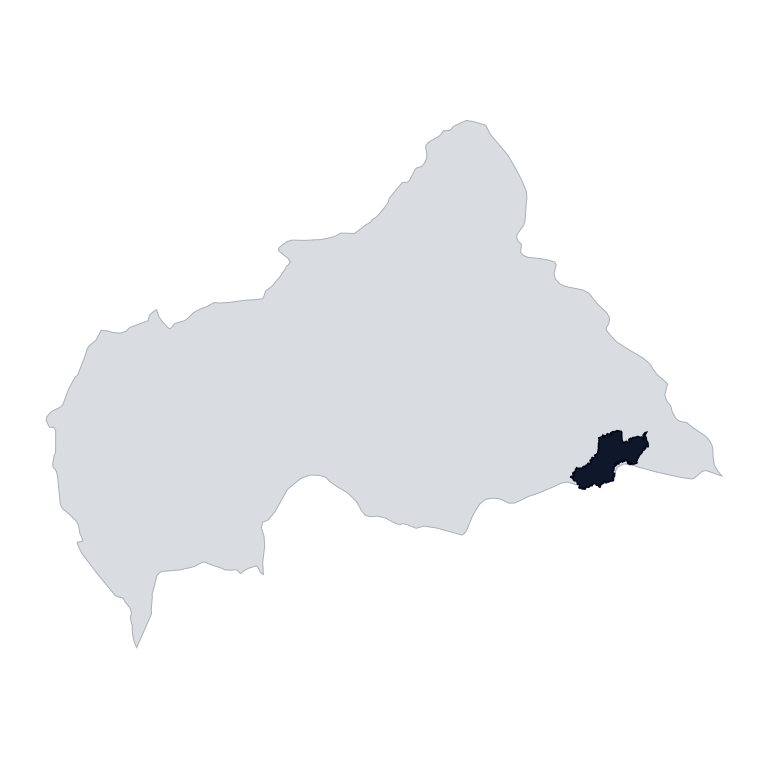 Zémio, Haut-Mbomou, Central African Republic shown in context
{"feature_id": "33826404B4042011562142", "entity_name": "Zémio", "entity_type": "district", "adm_level": 2, "iso_a3": "CAF", "parent_name": "Central African Republic", "parent_adm1": "Haut-Mbomou", "projection": "natural_earth1", "projection_center": [25.196, 5.379], "detail": "fine", "context": "in_parent", "style": "filled", "palette": "ink", "viewbox_px": 768, "rotation_deg": 0, "n_neighbors": 0, "source": "geoboundaries", "source_scale": "gbopen_adm2", "svg_char_len": 9427}
<svg xmlns="http://www.w3.org/2000/svg" viewBox="0 0 768 768"><path d="M547.2,259.8L554.8,262.1L556.2,264.8L554.0,273.7L555.5,279.2L559.8,283.9L564.2,285.9L568.4,287.1L583.0,290.0L589.0,293.2L597.1,303.7L607.1,313.1L609.5,318.2L609.1,322.7L606.1,328.3L606.6,330.6L611.2,336.1L616.5,341.8L626.2,348.1L643.0,358.0L650.6,364.6L653.3,369.7L657.6,375.1L663.6,380.1L667.6,384.0L664.8,394.8L665.7,398.4L667.2,401.5L670.7,405.8L672.1,411.3L675.5,418.2L679.7,421.3L686.6,422.5L690.3,425.6L697.9,431.1L705.2,435.8L708.4,439.1L710.3,442.0L712.0,445.4L712.8,448.8L713.0,456.1L714.3,465.2L718.2,471.5L721.9,476.1L706.9,470.8L704.6,470.7L702.0,471.6L694.1,478.2L691.6,479.0L681.8,477.6L657.8,472.4L639.4,467.4L633.9,465.6L624.0,463.9L617.5,467.3L611.4,478.9L609.7,481.3L600.1,484.7L595.5,483.8L584.4,487.0L567.3,482.1L561.2,483.1L556.4,485.5L544.1,490.8L536.6,493.8L527.9,496.6L519.7,500.8L514.1,503.1L508.7,503.1L503.8,500.7L498.4,498.6L492.0,498.2L485.3,499.4L479.7,504.1L477.4,507.4L472.4,516.2L466.6,530.6L464.3,533.5L462.2,535.0L435.5,527.8L423.9,526.1L416.1,528.3L406.4,524.3L402.1,523.6L400.1,524.9L394.7,523.1L385.8,518.2L377.3,516.1L369.7,516.8L365.1,515.2L361.4,510.4L356.5,501.7L347.8,493.0L336.2,486.1L328.9,480.8L326.0,477.3L319.7,475.4L310.1,475.0L300.8,478.5L287.5,489.3L275.1,511.5L268.2,520.0L262.7,522.2L261.3,527.6L264.0,536.1L264.7,545.9L262.7,562.5L263.4,574.6L260.5,572.7L257.7,567.0L256.3,565.9L248.2,568.4L243.9,570.7L241.7,573.0L240.0,573.3L237.4,570.2L235.4,569.7L232.1,570.2L228.9,570.2L226.7,569.8L225.3,570.1L221.5,568.2L207.5,563.5L205.1,562.0L202.3,562.2L195.0,566.2L191.2,567.4L179.6,569.9L167.1,571.1L162.4,571.2L159.1,573.0L157.0,575.5L153.1,590.9L152.1,593.5L152.3,597.4L151.2,609.7L151.6,613.7L136.7,647.6L134.2,641.9L132.7,635.3L132.1,627.7L132.5,625.7L131.5,623.4L130.3,617.2L131.5,613.2L130.5,609.0L127.6,604.9L125.0,601.8L123.5,598.9L122.3,597.7L119.4,597.3L115.5,595.8L99.0,575.9L81.9,553.6L78.4,546.3L77.0,542.1L81.2,541.6L82.3,540.9L82.4,538.9L79.8,533.2L78.6,525.9L76.5,521.5L69.8,514.6L63.4,509.4L61.3,506.7L60.2,502.9L57.8,478.8L56.7,471.9L54.7,468.9L53.3,467.5L52.7,465.8L53.0,461.5L53.9,457.7L53.8,456.2L55.6,452.8L55.7,430.5L53.7,427.4L49.8,427.4L47.8,424.1L46.1,420.0L46.6,417.1L50.3,412.6L52.8,410.8L60.1,407.2L62.2,405.4L63.5,403.2L64.4,400.3L68.7,388.8L75.0,377.3L77.7,375.0L84.2,358.1L85.7,353.8L86.9,349.5L88.9,346.0L95.9,340.3L101.2,330.3L106.9,330.8L112.7,332.4L120.2,333.2L126.0,331.3L129.9,327.4L148.0,320.7L149.4,315.3L152.3,312.5L155.6,310.0L156.7,309.7L157.0,311.4L159.0,317.0L163.1,322.6L169.1,328.7L170.8,328.3L174.6,323.7L184.1,320.8L186.5,319.5L193.2,312.8L201.3,308.5L206.1,307.0L214.2,302.5L220.0,303.1L229.4,302.4L244.9,300.3L256.2,299.6L261.8,298.8L263.3,297.9L265.5,291.4L267.2,289.6L271.4,286.8L279.7,277.1L285.2,268.8L286.9,265.9L288.0,265.4L290.3,261.9L288.0,258.3L278.8,251.0L278.9,250.0L278.4,248.8L278.9,247.8L282.5,244.8L287.2,241.4L292.3,240.1L305.6,240.4L316.9,239.7L319.5,239.8L328.3,238.1L334.3,236.6L340.6,233.1L354.6,233.4L366.3,224.5L369.6,222.9L371.1,221.5L371.6,220.1L377.0,216.6L383.2,209.2L388.0,202.7L389.4,198.0L402.6,182.2L407.2,182.5L409.5,180.6L414.8,170.0L416.4,168.1L421.8,166.3L424.4,163.1L426.7,158.5L426.7,152.8L425.7,148.2L425.7,145.9L427.0,143.9L429.1,141.8L439.2,136.1L441.7,133.4L443.2,130.9L446.0,130.5L449.1,130.7L451.1,129.2L453.3,126.6L460.2,123.1L466.7,120.4L473.4,121.6L485.7,125.1L489.3,132.6L491.0,135.2L506.1,153.0L509.1,157.2L516.5,170.1L521.1,178.9L526.4,191.4L526.9,198.2L526.2,204.0L525.1,220.5L523.7,225.3L517.1,234.2L516.8,238.2L518.1,241.5L520.2,242.9L521.4,244.5L520.6,252.2L523.0,255.3L528.0,257.3L540.6,258.7L547.2,259.8Z" fill="#d9dde1" stroke="#a8b0b8" stroke-width="1"/><path d="M648.2,446.7L648.1,444.6L648.0,442.9L646.4,440.2L646.3,437.8L644.9,435.5L646.7,432.2L645.1,432.6L643.1,434.9L643.4,439.2L641.3,436.9L640.0,437.5L638.9,436.7L637.4,436.4L635.2,437.4L632.6,437.6L631.8,439.9L630.8,438.2L628.9,439.4L629.1,441.7L628.4,442.4L627.6,442.5L626.8,441.3L625.6,441.5L624.0,442.7L623.3,442.6L622.0,439.9L621.7,434.5L621.8,432.1L621.1,431.3L620.0,431.2L618.9,430.8L618.3,430.9L617.8,431.3L617.5,430.8L617.0,430.6L616.1,430.9L615.8,431.8L615.3,432.1L614.4,431.5L612.3,431.7L612.1,432.6L611.6,432.8L611.2,432.6L610.8,432.8L610.9,433.2L611.1,433.6L611.6,433.7L611.8,434.0L611.8,434.5L611.5,435.0L611.1,435.0L610.3,434.4L609.8,433.9L608.6,434.2L607.8,434.0L607.3,433.7L606.7,434.6L606.4,435.6L605.6,435.8L604.9,435.6L604.3,437.4L603.7,436.0L602.9,435.0L601.9,436.9L600.4,437.2L599.6,437.8L598.7,437.9L598.7,438.6L599.4,439.0L599.4,439.7L598.9,440.4L599.0,441.6L598.8,442.9L598.3,443.9L598.8,444.6L598.8,445.5L598.3,446.0L598.3,446.8L598.5,447.7L598.9,448.2L598.7,448.8L598.2,449.2L598.6,449.5L599.1,450.0L598.3,450.9L597.9,451.0L597.7,453.2L596.8,453.9L596.5,454.5L595.4,454.9L595.0,454.9L594.6,455.4L594.9,455.9L595.5,456.8L594.7,457.5L594.0,457.6L593.6,458.1L592.3,457.4L591.8,457.9L592.2,458.5L592.1,459.1L591.6,459.2L591.0,459.9L591.0,460.5L590.6,460.2L590.1,460.3L590.4,461.7L590.4,462.7L590.2,463.6L590.0,464.0L589.1,464.0L588.5,463.3L588.0,463.3L587.4,464.6L586.4,465.2L585.9,465.3L585.5,467.0L584.2,466.2L583.4,466.5L582.9,467.0L582.1,468.0L581.5,468.5L580.8,468.2L577.7,468.2L577.1,468.0L576.6,467.7L576.1,468.7L575.5,469.2L575.5,470.1L575.3,470.8L575.1,471.3L574.7,471.8L574.8,472.5L574.6,473.3L573.6,472.3L573.2,472.5L572.8,473.3L573.1,474.2L572.9,475.0L573.0,475.6L574.0,476.0L574.1,476.4L573.8,477.0L573.2,477.4L572.5,477.1L571.9,476.6L571.2,476.3L570.8,476.6L570.6,477.1L570.9,477.3L571.4,477.7L571.8,477.6L572.4,477.7L573.1,478.6L573.2,479.3L573.2,479.6L573.6,480.0L574.2,480.7L574.6,480.9L575.1,480.8L576.1,481.0L576.4,481.0L576.8,481.3L577.1,482.0L577.1,482.9L577.4,483.5L577.4,483.9L577.4,484.1L577.5,484.2L577.6,484.3L578.1,484.1L578.4,484.2L578.7,484.2L579.2,484.5L579.4,484.5L579.6,484.7L579.7,485.1L579.6,485.4L579.6,485.9L579.5,486.2L579.4,486.6L579.4,486.8L579.0,487.0L578.9,487.2L578.9,487.5L579.0,487.7L579.2,487.9L579.8,488.3L580.5,488.0L580.8,488.1L581.8,488.0L582.1,488.3L582.1,488.7L582.1,489.0L582.4,489.1L583.2,488.8L583.7,489.0L583.8,488.9L583.9,488.6L584.0,488.3L584.2,488.2L584.5,488.1L584.6,488.5L584.4,488.8L584.4,489.0L584.6,489.2L584.9,489.2L585.3,489.0L585.6,488.1L585.9,487.7L586.0,487.4L586.2,487.2L586.5,487.2L586.9,487.0L587.3,487.1L588.3,487.2L588.7,487.3L589.5,486.6L589.5,486.3L589.3,485.8L589.4,485.7L589.6,485.4L589.8,485.5L590.0,485.8L590.6,485.7L591.2,485.7L591.6,485.6L592.0,485.7L592.2,485.4L592.4,485.1L592.4,484.4L592.6,484.2L592.9,484.0L593.3,483.9L593.8,483.6L594.1,483.6L594.4,483.5L594.8,483.5L595.7,484.0L596.1,484.3L596.2,484.6L596.2,484.8L596.5,485.3L596.9,485.3L597.1,485.2L597.4,485.1L598.1,485.5L598.4,485.9L599.0,486.3L599.1,486.9L600.0,487.2L600.1,486.6L600.5,486.1L600.5,485.3L600.7,485.1L600.8,485.0L601.0,484.8L601.2,484.0L601.3,483.9L601.7,484.1L602.2,483.7L602.4,483.7L602.7,483.4L602.9,483.5L603.1,483.5L603.2,483.3L603.2,482.4L602.9,482.1L603.1,481.9L603.4,482.0L603.7,481.8L603.9,481.7L604.0,481.7L604.3,481.4L604.3,481.0L604.5,480.9L604.8,481.0L605.1,481.4L605.1,481.5L605.0,481.9L605.2,482.4L605.4,482.4L605.4,482.6L606.0,482.6L606.6,482.8L606.7,482.7L606.6,482.4L607.1,481.9L607.5,481.8L608.3,482.1L608.5,481.9L609.0,481.9L609.3,481.4L609.7,481.1L610.1,481.2L610.6,481.2L611.1,481.0L611.9,481.0L612.7,480.9L612.9,480.9L613.1,480.7L613.4,480.3L613.6,480.1L613.5,479.4L613.4,478.2L613.6,477.7L614.1,476.9L614.4,476.4L614.6,476.0L614.6,475.8L614.6,475.3L614.5,474.8L614.6,474.4L614.7,474.0L614.8,473.5L614.8,473.4L614.5,473.5L614.1,473.7L613.7,473.7L613.6,473.4L613.1,472.9L613.0,472.4L613.0,472.0L612.8,471.7L612.7,471.2L613.0,470.9L613.2,470.6L613.6,470.5L613.6,470.3L613.8,470.2L613.8,469.8L614.0,469.3L613.9,469.0L614.0,468.4L613.9,468.0L614.1,467.4L614.2,466.8L614.5,466.4L614.7,465.9L614.9,465.6L615.2,465.5L615.5,465.9L615.9,465.5L616.3,465.1L616.2,464.6L616.1,464.4L615.7,464.3L615.5,464.7L615.4,464.7L615.2,464.3L615.3,464.1L615.5,463.7L616.1,463.8L616.5,463.6L616.8,463.6L617.1,462.7L616.9,462.5L616.9,462.3L617.1,462.3L617.5,462.6L617.3,463.2L617.6,463.8L617.7,464.0L617.9,464.1L618.1,464.0L618.6,464.0L618.8,463.9L618.5,463.3L618.8,463.1L619.0,463.2L619.0,462.8L619.2,462.7L619.1,462.4L619.3,462.2L619.5,462.4L619.8,462.3L619.8,462.0L620.0,461.9L620.5,462.0L620.8,462.0L621.1,461.9L621.2,461.7L621.3,461.6L621.2,461.2L621.3,461.1L621.4,460.9L621.5,460.8L621.9,461.0L622.2,461.2L622.4,461.5L622.6,462.0L623.7,461.3L624.0,461.2L624.4,461.2L624.8,461.1L625.0,460.9L624.3,460.0L624.2,459.5L624.2,459.2L624.4,459.1L624.8,459.3L624.9,459.5L625.2,459.9L625.5,459.9L626.3,459.7L626.8,459.9L626.9,460.1L627.0,460.3L626.7,460.9L626.9,461.1L627.3,461.4L627.4,461.7L627.7,461.7L628.0,461.5L628.6,461.4L628.8,461.4L629.1,461.6L628.8,462.1L628.1,462.3L628.1,462.5L627.9,462.6L627.7,462.9L627.6,463.1L627.9,463.3L628.4,463.3L628.7,463.1L628.9,463.2L629.1,463.7L629.1,464.1L629.4,464.2L629.6,464.4L629.8,464.3L629.9,464.1L629.6,463.5L629.6,463.4L629.7,463.1L629.8,462.9L630.4,462.7L630.8,463.0L631.0,463.1L630.9,463.7L630.8,464.0L631.0,464.2L631.3,464.0L631.5,463.6L631.6,463.9L631.9,464.2L632.4,464.2L632.7,463.8L633.7,464.2L634.7,463.8L635.3,463.5L636.3,463.4L636.8,463.2L637.0,462.7L636.5,462.2L636.4,461.8L637.1,460.7L637.5,458.9L638.4,457.6L638.9,456.7L639.2,455.2L640.1,454.7L641.0,453.9L642.3,452.1L642.5,450.8L643.0,450.4L644.0,450.1L645.5,448.3L645.4,447.4L646.4,446.8L648.2,446.7Z" fill="#0f172a" stroke="#020617" stroke-width="1.5"/></svg>